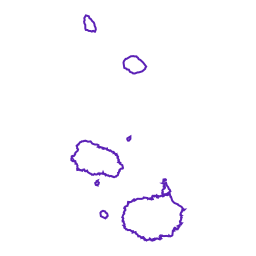 the district of Santa Cruz, Galápagos, Ecuador
{"feature_id": "8360857B73941749048341", "entity_name": "Santa Cruz", "entity_type": "district", "adm_level": 2, "iso_a3": "ECU", "parent_name": "Ecuador", "parent_adm1": "Galápagos", "projection": "albers", "projection_center": [-90.525, -0.066], "detail": "fine", "context": "isolated", "style": "outline", "palette": "violet", "viewbox_px": 256, "rotation_deg": 0, "n_neighbors": 0, "source": "geoboundaries", "source_scale": "gbopen_adm2", "svg_char_len": 5951}
<svg xmlns="http://www.w3.org/2000/svg" viewBox="0 0 256 256"><path d="M170.5,196.8L169.8,194.0L167.5,195.2L165.2,194.9L164.4,195.2L163.6,196.2L162.6,196.4L161.6,195.5L159.7,196.5L158.1,196.0L157.9,197.6L157.2,197.4L157.8,196.2L156.4,196.3L156.3,195.5L155.7,196.0L154.8,195.8L154.3,196.3L154.0,195.9L152.7,196.3L152.6,196.0L152.2,196.3L152.2,197.5L152.7,198.9L152.1,198.8L152.3,199.2L151.5,199.5L150.8,199.2L150.5,198.3L149.4,198.5L149.2,198.9L148.2,198.5L147.8,198.9L147.3,198.0L143.8,197.5L143.7,198.1L141.7,198.9L137.4,198.8L134.9,200.4L134.8,200.1L134.5,200.3L134.5,199.6L134.1,199.3L133.6,199.8L134.4,200.1L134.1,200.5L132.6,200.4L131.7,201.6L130.5,202.1L128.1,201.9L127.9,203.2L128.4,203.6L127.7,204.6L127.5,205.8L125.4,206.5L124.5,207.4L125.0,208.1L124.4,208.5L125.4,209.7L125.3,210.4L124.6,210.8L123.8,212.4L124.3,213.1L124.2,213.8L123.4,214.4L122.3,217.4L123.0,217.8L123.3,218.5L122.6,220.3L123.2,220.8L122.8,221.5L123.7,221.8L123.8,222.9L124.6,224.3L124.5,225.3L123.6,225.5L124.8,226.6L124.3,227.1L124.7,227.6L124.6,228.0L126.0,228.8L126.1,229.4L127.4,229.6L127.8,230.1L130.0,230.0L131.8,231.3L132.8,231.2L132.7,232.5L133.6,232.1L134.5,232.4L135.6,232.1L136.1,233.8L137.4,234.4L138.3,236.4L138.8,236.3L138.8,235.9L140.0,236.3L140.8,237.3L142.2,237.2L142.0,237.7L142.8,237.4L142.6,238.0L143.6,238.1L143.6,238.5L144.3,238.7L144.0,239.2L144.3,238.9L144.4,239.5L145.0,239.4L145.2,240.1L146.3,239.9L146.6,240.4L147.3,240.0L147.2,239.6L147.4,239.9L148.7,239.7L149.6,239.5L149.7,239.0L150.1,239.3L150.2,238.8L150.6,239.1L150.2,239.3L151.4,239.9L151.5,240.4L152.7,240.6L153.8,239.9L153.2,239.6L153.3,239.0L154.6,239.0L155.0,238.5L155.6,238.9L154.7,239.3L154.8,239.7L156.9,238.4L159.9,239.4L160.2,239.0L161.3,238.5L161.0,238.1L160.0,238.1L159.8,237.5L160.4,237.6L160.3,237.1L160.7,236.8L159.6,236.4L160.0,236.4L160.4,236.0L160.2,235.6L160.9,235.3L161.3,235.6L161.2,235.9L162.2,235.6L162.5,236.0L164.1,236.1L166.5,235.9L168.8,236.3L169.3,236.1L169.3,235.7L170.2,236.4L171.9,235.7L172.4,235.2L172.8,231.2L173.3,231.3L173.9,230.7L173.5,230.4L173.8,229.9L174.5,230.3L174.6,228.9L173.9,229.0L174.3,228.1L174.8,227.7L175.4,228.0L175.8,228.8L176.8,229.4L177.3,228.5L177.9,228.2L178.1,228.5L178.8,227.3L179.0,227.6L178.9,227.0L179.2,226.7L178.3,226.2L178.7,226.1L178.5,225.7L179.2,225.4L179.1,225.8L179.5,225.1L179.4,225.4L180.1,224.7L180.8,224.7L181.8,223.3L181.1,223.3L180.6,222.2L180.1,222.4L179.9,221.3L181.1,219.8L181.1,218.1L181.6,217.7L181.2,217.2L181.5,217.0L181.2,215.5L180.9,215.5L181.2,215.4L180.6,215.1L180.8,214.4L180.5,214.1L181.2,212.3L181.9,211.8L181.9,211.0L182.6,210.6L182.3,209.3L182.9,208.6L181.5,206.8L178.2,205.0L178.0,204.4L174.5,203.0L173.3,201.9L172.2,200.6L171.0,196.8L170.5,196.8ZM84.2,140.8L83.3,141.3L81.6,141.4L81.3,141.9L80.1,142.2L78.9,143.9L78.1,143.4L78.5,144.1L78.4,144.7L77.5,144.9L76.6,145.9L77.2,146.9L77.1,148.4L78.1,149.3L77.7,150.7L75.4,152.7L75.2,154.1L74.7,154.3L74.7,155.0L74.1,155.8L73.5,156.2L72.4,155.9L71.7,156.4L72.0,158.4L71.7,159.1L71.4,159.0L71.4,160.2L72.8,161.2L73.9,161.1L73.9,160.6L74.4,161.3L75.0,161.2L74.9,161.7L75.7,162.2L75.5,163.7L76.6,163.8L77.4,164.9L77.8,164.9L77.4,165.1L77.5,165.7L77.2,166.1L77.5,167.5L77.1,168.7L77.3,170.0L79.0,169.8L79.1,169.4L80.2,170.3L80.9,170.0L82.2,170.8L83.2,169.6L84.3,169.5L85.0,171.1L85.9,171.3L87.1,170.6L87.9,172.2L90.3,173.7L90.8,173.7L92.0,174.8L92.7,174.5L93.3,174.8L94.6,173.9L95.3,174.4L96.8,174.5L98.1,173.5L99.3,174.3L99.4,173.9L99.7,174.3L100.2,173.6L101.0,173.4L102.7,173.8L103.1,172.6L103.6,173.8L104.1,173.8L104.6,174.3L105.2,174.0L105.6,174.2L105.8,175.3L106.6,175.0L108.0,175.6L108.4,175.4L109.5,176.3L110.8,175.9L111.9,176.2L112.3,176.7L113.0,176.6L113.6,177.1L114.6,177.1L115.6,176.4L116.2,176.5L116.6,175.8L117.8,175.3L118.3,173.7L118.1,172.9L118.8,172.7L119.1,171.1L119.8,170.8L119.6,169.7L121.2,168.6L122.6,168.6L123.0,168.0L122.3,165.1L120.1,163.9L119.8,163.5L120.2,162.8L118.3,162.2L118.8,161.6L118.5,160.9L118.9,160.8L118.6,160.2L118.8,159.8L118.2,159.1L118.1,158.1L117.5,157.8L117.9,156.7L117.4,156.6L117.2,155.2L116.2,155.0L116.3,154.3L115.9,154.5L115.9,154.0L114.9,153.8L114.4,153.0L113.6,153.1L113.8,152.2L113.2,151.8L111.7,151.7L110.5,150.4L109.4,150.8L108.8,150.1L107.2,149.8L107.0,148.5L106.1,148.8L104.2,148.2L104.2,148.7L103.5,148.9L102.5,148.6L102.3,147.6L100.4,147.1L99.7,147.6L99.0,147.5L98.5,147.2L98.9,146.8L98.3,146.7L98.8,146.3L98.3,145.7L98.4,145.1L97.0,144.5L94.8,144.5L92.3,143.6L90.6,141.4L88.0,141.7L85.6,140.7L85.0,141.0L84.2,140.8ZM133.7,56.1L130.8,56.3L126.5,58.9L125.6,58.9L123.9,61.2L123.5,62.7L124.3,67.9L126.5,68.7L126.8,69.4L128.9,69.7L129.9,71.8L132.5,72.8L133.0,73.4L134.8,73.5L137.6,72.4L138.8,72.4L142.3,71.3L145.2,68.8L145.3,67.9L146.2,66.6L143.1,62.5L140.3,59.9L138.7,59.2L137.9,57.7L137.0,57.2L136.5,56.4L134.2,56.4L133.7,56.1ZM88.8,16.3L85.9,15.4L84.3,18.1L84.7,20.2L84.1,21.4L84.4,23.3L85.3,24.9L85.3,28.4L85.8,29.9L87.4,30.0L88.7,30.9L90.5,31.0L91.9,31.6L92.5,31.0L93.5,30.9L94.3,31.6L95.0,31.7L95.8,29.5L95.6,27.8L94.6,25.7L94.5,24.4L93.8,22.5L92.2,21.1L90.7,18.9L89.5,18.3L88.8,16.3ZM166.1,183.0L162.9,183.4L163.8,183.8L164.4,184.6L164.5,185.6L163.6,186.1L163.6,186.8L164.0,187.0L164.8,186.6L165.0,187.5L164.7,188.3L162.8,189.6L162.3,190.8L162.9,191.9L162.6,192.8L162.2,192.9L162.2,193.2L162.9,193.8L163.0,194.5L166.7,194.0L170.4,191.3L169.7,189.6L168.7,188.9L168.3,187.3L166.8,185.5L166.1,183.0ZM103.0,210.8L101.2,211.7L100.4,212.9L100.9,216.2L105.3,218.3L105.7,217.6L106.5,217.6L107.1,216.3L107.7,215.9L107.3,214.0L106.8,213.2L105.7,212.7L105.2,211.5L103.0,210.8ZM97.4,181.3L97.7,180.6L96.6,181.1L96.5,182.0L95.2,183.0L95.8,184.9L97.6,185.4L97.5,184.6L98.5,184.1L98.9,182.6L97.4,181.3ZM129.0,140.6L130.4,138.9L130.4,136.5L127.3,138.4L127.3,139.5L128.1,140.7L129.0,140.6ZM165.2,179.2L163.5,179.5L163.3,181.2L165.8,180.5L165.9,179.6L165.2,179.2ZM184.5,210.4L182.9,209.9L183.5,210.3L184.5,210.4ZM184.6,209.6L183.4,209.7L184.4,209.8L184.6,209.6Z" fill="none" stroke="#5b21b6" stroke-width="2"/></svg>